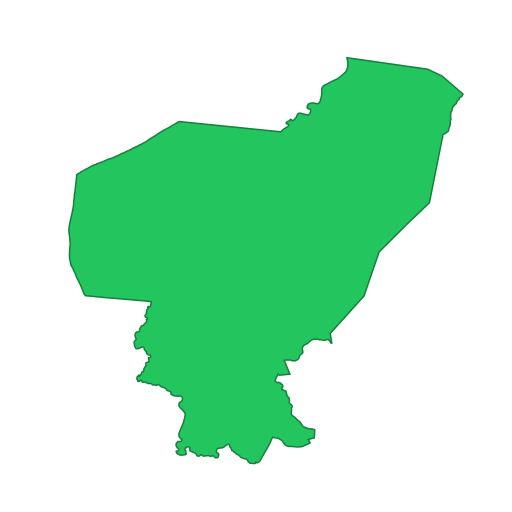 the district of Manhiça, Maputo, Mozambique, rotated 186°
{"feature_id": "85939544B91620585279817", "entity_name": "Manhiça", "entity_type": "district", "adm_level": 2, "iso_a3": "MOZ", "parent_name": "Mozambique", "parent_adm1": "Maputo", "projection": "orthographic", "projection_center": [32.812, -25.289], "detail": "fine", "context": "isolated", "style": "filled", "palette": "green", "viewbox_px": 512, "rotation_deg": 186, "n_neighbors": 0, "source": "geoboundaries", "source_scale": "gbopen_adm2", "svg_char_len": 6000}
<svg xmlns="http://www.w3.org/2000/svg" viewBox="0 0 512 512"><g transform="rotate(186 256 256)"><path d="M315.0,53.4L314.5,52.1L313.4,51.0L310.9,50.1L308.8,50.2L305.6,51.0L305.0,51.3L304.7,51.8L305.3,53.4L305.5,55.1L306.5,55.9L306.4,57.0L305.6,58.0L304.2,59.1L303.1,59.2L302.1,58.8L301.8,58.3L301.6,56.2L301.1,55.2L295.2,53.3L293.9,51.2L293.0,50.9L291.6,51.1L290.8,51.7L290.4,52.6L289.7,52.6L287.8,51.6L286.9,51.5L282.4,52.6L280.7,52.0L280.1,52.0L278.7,52.7L277.8,52.7L277.2,52.5L275.2,51.1L273.7,51.2L272.6,52.1L272.3,54.2L272.7,55.6L273.1,55.9L274.4,56.3L275.0,57.4L275.1,58.2L274.7,59.5L274.2,60.3L273.4,60.8L268.9,61.9L267.9,62.6L267.4,63.4L266.1,64.5L264.1,65.8L263.5,65.8L263.0,65.7L262.6,65.2L262.1,63.6L260.9,62.5L259.7,60.1L258.3,59.6L257.2,58.5L255.7,57.9L254.9,57.1L253.2,56.5L251.3,55.5L250.3,54.3L247.4,53.4L244.2,52.9L243.1,52.1L242.1,50.5L240.5,49.3L235.6,49.4L235.0,49.8L234.7,50.2L234.9,50.8L234.3,50.9L233.4,50.4L233.1,50.5L231.3,51.8L230.6,52.8L222.3,71.7L221.6,74.8L220.5,77.5L219.1,77.2L215.2,77.1L213.8,76.6L210.4,74.9L209.6,73.6L208.0,71.8L206.9,71.0L204.9,70.2L203.6,70.0L200.7,70.3L194.9,70.4L192.6,70.7L190.0,71.4L182.7,75.6L182.7,75.8L184.9,79.0L179.1,81.1L179.1,84.1L179.5,89.5L182.2,89.9L185.7,89.6L191.2,91.3L191.9,91.8L194.8,95.5L198.3,97.8L200.4,99.6L203.0,101.0L203.8,101.7L204.4,102.9L204.6,104.3L204.5,106.3L204.8,108.3L204.4,109.4L204.3,110.6L204.9,111.5L206.8,112.6L207.5,113.5L207.5,115.3L208.1,118.1L209.2,118.8L209.8,119.9L210.6,120.5L212.0,124.6L214.5,125.5L216.5,125.9L216.3,128.1L215.6,128.7L215.7,129.4L216.2,130.6L216.6,131.0L217.5,131.3L218.8,132.5L220.3,132.7L221.8,132.2L223.9,133.7L224.0,133.8L223.5,136.1L221.6,140.8L220.2,139.9L209.9,142.0L217.1,155.3L215.1,155.7L210.4,156.2L209.3,155.6L205.9,155.9L203.9,157.2L202.7,159.0L202.0,162.0L200.1,163.5L199.3,165.0L199.5,166.4L200.0,167.3L200.4,168.5L200.3,169.9L199.6,171.2L198.4,172.8L196.0,174.1L193.1,177.2L191.7,178.4L190.4,179.2L187.7,179.4L186.4,179.8L185.5,179.8L184.5,179.3L183.5,179.5L179.5,179.3L178.8,179.4L176.6,180.4L175.7,180.5L174.2,179.6L173.4,178.8L172.3,177.2L171.5,177.4L174.1,186.7L144.4,227.5L134.0,272.9L109.1,303.5L89.1,327.1L83.1,392.0L82.9,392.3L82.8,393.7L82.8,394.5L83.1,395.2L83.1,395.9L82.9,396.3L82.3,396.8L80.3,397.9L77.8,400.4L77.5,401.1L77.6,402.9L76.6,406.2L76.6,407.8L77.0,410.2L76.5,411.8L76.5,412.7L77.0,414.4L77.0,416.0L77.2,416.8L77.2,419.1L76.5,420.9L75.8,425.1L74.9,425.9L74.3,427.3L73.2,427.9L72.8,428.6L72.5,430.0L72.1,431.2L70.4,433.1L70.2,434.3L69.9,434.8L67.9,436.4L67.1,438.7L89.7,454.4L104.7,459.7L186.3,462.7L184.9,458.1L184.6,455.1L184.7,452.7L185.7,449.0L186.4,448.0L191.7,442.3L193.9,440.5L199.3,437.3L201.4,435.8L206.5,432.5L207.2,431.5L207.7,430.8L208.1,429.0L207.6,426.0L207.6,421.8L207.8,420.3L208.4,416.5L209.2,415.0L209.7,414.4L210.9,413.8L215.0,414.2L217.7,413.7L219.7,412.7L220.6,410.9L220.7,409.1L220.3,408.3L219.3,407.8L217.8,407.7L217.2,407.5L216.9,406.8L216.9,404.6L217.6,402.8L218.9,401.7L219.6,401.6L227.0,402.7L228.2,402.5L229.1,401.9L229.9,400.3L230.2,398.8L230.8,397.6L232.8,395.0L233.4,394.5L234.2,394.5L235.4,395.5L236.2,395.4L236.5,394.4L236.9,394.0L239.0,392.9L239.5,392.3L239.9,391.7L239.8,391.0L239.2,390.6L238.0,390.5L237.5,390.2L237.2,389.7L237.2,389.1L238.0,388.0L242.2,384.7L244.2,382.1L346.6,381.7L355.8,374.8L362.6,370.2L367.0,366.7L367.3,366.2L374.1,361.1L375.9,359.3L376.3,359.1L376.7,358.6L380.2,356.2L380.8,356.0L381.1,355.5L384.5,353.6L384.7,353.2L387.2,351.8L389.3,350.4L389.9,350.2L390.3,349.7L393.5,347.7L395.1,346.9L397.7,345.1L400.1,343.9L403.0,342.0L409.3,338.4L414.3,336.1L418.3,333.7L424.2,330.9L424.5,330.5L427.6,329.1L438.8,321.4L439.1,320.9L442.7,318.4L442.8,299.6L443.1,297.3L442.8,296.2L443.0,292.0L442.8,287.2L443.0,283.4L444.8,267.3L444.9,262.5L444.1,258.3L443.3,255.5L443.0,253.3L442.4,251.0L442.4,250.2L442.0,247.8L442.0,242.8L441.5,236.4L441.1,233.9L439.1,227.7L436.0,223.1L433.4,218.6L432.3,216.1L431.9,215.7L430.9,213.9L430.4,213.5L429.4,211.6L427.7,209.2L423.7,201.6L422.6,199.8L421.5,198.7L400.5,198.9L361.6,199.7L355.3,199.6L355.7,194.9L356.4,194.3L358.0,194.5L358.3,194.1L358.3,193.6L358.0,192.9L358.0,192.1L359.0,190.9L359.1,187.4L360.1,185.3L360.1,184.6L359.5,183.6L357.8,183.4L357.6,183.1L357.5,181.9L358.2,181.5L358.4,181.2L357.9,180.0L358.0,179.1L358.4,178.2L359.9,176.9L360.6,175.4L361.4,174.9L362.5,174.5L363.4,173.0L363.9,171.7L363.9,170.4L364.2,169.1L364.6,168.5L366.6,167.9L367.3,167.4L367.8,166.5L368.0,165.3L368.0,164.2L367.7,163.2L366.5,161.1L366.8,160.1L368.2,158.0L368.2,157.1L367.3,153.9L366.3,152.1L365.6,151.4L365.2,151.3L363.2,151.6L362.3,151.9L361.7,152.6L360.6,153.2L359.7,153.5L359.3,153.8L358.1,153.7L357.8,153.3L357.6,152.1L356.0,150.0L355.4,149.7L355.0,149.3L354.8,148.1L354.5,147.6L352.9,146.4L352.1,146.4L351.2,146.5L350.5,146.0L350.2,145.2L350.3,144.3L350.6,143.9L351.1,143.6L352.1,143.6L352.4,143.2L351.6,141.4L351.5,139.7L351.6,139.2L353.4,138.8L354.4,138.1L353.9,136.5L354.0,135.7L354.2,134.9L355.0,133.7L355.7,132.1L355.7,130.0L356.0,129.5L357.2,128.8L357.5,127.0L357.9,126.7L358.0,126.0L358.5,125.7L358.8,124.7L359.4,124.3L360.0,125.3L360.4,125.0L360.8,124.0L361.4,123.7L361.7,122.8L361.5,120.8L360.6,120.0L360.4,119.0L360.0,118.9L358.6,119.4L357.5,120.5L357.0,120.4L355.9,118.7L355.1,118.6L353.5,119.2L350.0,117.9L347.1,118.2L345.2,117.0L344.4,117.0L343.4,117.3L341.6,117.0L339.6,117.9L337.5,116.8L336.7,116.0L333.8,115.5L331.6,114.6L330.6,113.2L330.0,112.8L328.0,112.6L327.0,112.2L326.4,111.6L326.1,110.8L326.3,110.1L326.1,109.6L324.0,108.7L322.9,108.4L321.6,108.4L318.5,108.4L316.8,108.9L316.2,108.8L315.5,108.6L314.6,107.8L314.1,106.6L314.3,105.0L315.0,103.7L317.0,102.0L317.2,100.3L316.9,98.9L315.7,97.3L312.2,94.5L309.9,91.8L309.9,88.8L310.7,83.1L314.0,72.0L314.1,70.4L313.5,68.1L311.3,66.3L311.3,66.1L310.7,66.1L310.5,65.8L310.6,64.7L310.9,64.0L311.7,63.6L314.2,63.4L315.7,61.2L315.8,59.8L315.3,58.4L314.3,57.1L313.0,56.3L312.6,55.8L312.6,55.2L313.2,54.3L313.3,53.8L314.9,53.6L315.0,53.4Z" fill="#22c55e" stroke="#15803d" stroke-width="1.5"/></g></svg>